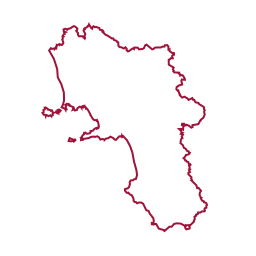 Campania, Salerno, Italy, rotated 13°
{"feature_id": "23120603B14973764900567", "entity_name": "Campania", "entity_type": "district", "adm_level": 2, "iso_a3": "ITA", "parent_name": "Italy", "parent_adm1": "Salerno", "projection": "orthographic", "projection_center": [14.61, 40.749], "detail": "fine", "context": "isolated", "style": "outline", "palette": "rose", "viewbox_px": 256, "rotation_deg": 13, "n_neighbors": 0, "source": "geoboundaries", "source_scale": "gbopen_adm2", "svg_char_len": 5765}
<svg xmlns="http://www.w3.org/2000/svg" viewBox="0 0 256 256"><g transform="rotate(13 128 128)"><path d="M33.7,70.2L40.3,77.4L45.7,86.4L48.2,94.5L53.2,100.3L57.5,107.8L59.5,115.5L59.4,120.0L58.8,122.0L58.3,121.8L59.1,122.3L58.8,122.5L58.7,122.8L62.2,123.4L63.3,124.6L63.3,123.4L62.3,123.0L63.5,123.1L62.6,121.9L62.7,120.4L61.7,119.6L63.0,118.2L64.8,118.0L65.9,118.5L66.1,118.9L65.6,119.3L70.0,120.0L70.4,120.4L69.8,120.9L70.4,120.5L70.7,121.1L70.4,121.3L70.9,121.1L71.1,121.6L70.6,122.2L70.1,121.9L70.0,122.8L71.2,122.0L72.4,122.9L74.2,121.8L74.2,120.4L75.9,118.2L77.5,118.1L78.1,118.7L78.0,118.3L78.6,117.7L80.6,118.3L78.3,117.5L79.2,117.4L78.8,117.1L79.5,116.5L79.9,116.5L79.6,117.1L80.2,116.7L80.1,117.3L80.4,116.5L80.7,116.7L80.5,117.1L81.9,117.2L82.5,118.2L82.7,117.8L84.9,119.4L88.2,123.1L88.2,123.8L88.3,124.0L88.3,123.5L91.5,126.9L93.3,127.9L95.3,127.5L96.5,128.8L96.0,128.2L96.2,127.5L97.6,129.1L99.3,133.1L99.2,134.7L98.5,135.2L98.7,134.2L96.4,135.6L95.5,136.4L94.6,138.3L92.2,139.5L92.7,140.1L92.0,141.7L89.2,142.9L87.4,142.1L87.0,143.0L86.3,142.9L86.5,144.1L85.4,145.4L85.1,147.1L84.5,147.8L85.2,148.0L84.7,148.7L84.9,150.1L86.0,149.1L86.4,149.2L86.1,149.9L86.8,149.7L87.5,148.5L92.4,146.5L93.7,145.1L96.7,144.0L97.7,144.2L99.9,143.0L101.8,143.6L103.7,145.5L105.1,144.6L107.5,144.4L107.8,145.0L108.9,143.3L111.0,142.4L112.8,140.4L116.1,141.2L117.6,142.3L118.9,142.3L121.3,138.2L122.7,137.7L123.9,138.2L123.1,137.6L123.8,137.0L124.1,137.4L124.0,136.9L124.7,137.6L123.6,138.6L124.2,138.4L124.7,137.6L124.4,137.2L125.0,136.9L129.8,140.2L134.3,145.4L137.8,151.0L141.5,159.5L145.7,167.2L147.4,171.9L147.2,175.8L145.6,176.6L145.9,176.1L144.5,177.9L142.4,178.5L141.8,180.5L142.5,182.0L142.3,185.4L141.3,186.8L138.8,188.3L139.1,189.7L141.5,191.5L143.0,190.9L144.6,192.3L146.7,192.6L149.1,195.3L149.9,197.8L151.2,198.6L152.5,198.4L153.7,199.3L155.5,198.1L158.0,197.7L159.8,198.4L164.3,204.0L166.7,204.2L168.5,206.6L172.9,210.1L173.9,212.4L174.2,214.9L173.6,215.5L172.6,215.3L172.9,216.4L174.8,216.3L175.1,215.6L177.0,215.2L180.6,219.1L186.2,219.4L186.0,219.8L186.7,220.2L190.5,214.9L192.8,214.3L194.5,211.1L197.0,209.9L201.0,209.3L205.1,210.5L205.9,209.8L206.5,210.4L205.9,211.7L206.5,212.7L207.5,213.6L208.9,213.0L210.6,212.1L210.6,211.0L209.9,209.9L208.3,209.2L210.7,208.5L213.3,204.4L213.0,203.8L213.6,201.7L212.7,199.5L214.2,198.1L213.8,197.1L215.4,196.0L215.4,194.4L217.3,194.3L218.9,192.6L221.1,192.1L221.6,191.4L220.7,189.8L220.9,188.9L222.3,188.0L221.8,186.0L222.3,185.2L221.0,183.4L218.8,183.3L218.5,182.4L216.5,182.1L214.9,180.3L215.3,179.5L214.4,179.2L212.8,177.1L212.6,174.7L213.3,172.8L210.2,170.5L208.9,171.0L207.5,168.4L201.7,164.9L202.2,164.6L200.9,163.0L201.0,161.8L197.2,159.4L196.9,158.1L198.3,156.9L196.9,155.4L197.8,154.2L196.9,153.8L196.9,152.3L196.0,151.1L197.2,149.8L196.7,149.2L195.4,149.5L194.5,147.7L192.7,147.5L192.1,146.7L191.1,146.8L190.2,145.5L188.9,144.9L190.3,142.6L190.5,141.2L192.5,140.4L193.6,139.2L193.8,138.2L192.8,138.1L192.3,137.1L190.7,137.0L188.9,135.3L186.9,134.7L185.2,132.3L182.5,130.9L182.2,127.7L182.6,126.1L183.3,125.6L182.3,124.1L183.0,122.2L181.0,121.9L182.3,120.4L181.0,120.2L180.3,118.8L178.1,117.5L180.4,116.9L182.0,117.3L181.6,114.3L182.1,113.5L179.9,113.1L179.8,111.7L181.7,111.2L182.9,112.5L184.1,112.3L184.2,111.7L186.7,112.0L189.6,113.4L190.7,112.6L190.2,110.7L195.7,108.4L196.6,104.8L197.2,104.4L197.0,103.7L199.2,100.9L199.7,97.5L198.5,95.1L198.8,93.4L197.7,92.5L197.5,90.8L196.9,90.4L191.6,88.6L191.0,87.7L188.0,87.8L186.1,85.6L184.9,85.8L183.9,84.4L180.7,87.0L179.3,85.8L175.9,84.8L173.9,86.2L171.1,84.4L171.2,83.5L170.4,83.2L168.7,80.3L168.4,80.7L166.4,79.4L166.2,77.1L167.3,76.2L167.4,75.5L171.0,73.4L169.4,70.1L169.5,68.7L172.6,68.2L172.2,67.1L169.7,64.5L168.5,64.3L167.1,65.2L166.7,63.9L165.2,63.5L165.3,62.6L160.6,63.4L159.4,62.6L159.7,61.9L158.5,60.6L158.9,58.9L153.5,57.1L152.3,52.3L153.4,51.6L154.1,50.3L155.9,50.0L154.8,48.0L155.3,46.7L156.3,46.3L156.1,45.2L155.9,44.7L153.8,44.9L151.1,43.6L150.8,42.0L149.8,42.5L149.0,39.5L147.5,38.4L145.3,39.2L145.2,40.5L143.3,40.9L142.0,42.1L136.3,43.5L134.8,45.6L133.8,45.9L127.3,42.6L126.2,43.5L125.5,46.7L124.4,47.7L121.0,48.9L119.4,47.6L116.2,48.1L116.1,49.7L115.2,49.2L114.3,49.7L111.7,52.8L110.7,53.4L109.1,52.5L109.1,51.4L107.4,49.9L106.0,51.5L103.4,50.8L101.7,51.1L100.2,50.1L99.2,46.7L98.1,46.6L97.2,45.6L94.6,45.4L93.4,44.0L92.2,44.4L86.9,42.4L85.5,42.4L81.6,40.1L82.3,39.6L81.1,38.4L78.4,38.6L77.6,37.1L74.4,36.7L73.0,37.2L71.5,36.6L70.9,37.4L70.7,39.3L69.5,38.8L66.7,35.8L66.5,37.1L65.8,37.7L66.0,38.3L63.1,40.9L63.6,41.6L63.0,41.9L62.8,43.1L65.3,46.1L65.0,48.4L65.9,50.0L65.8,50.5L65.1,49.8L64.4,50.0L63.3,48.8L59.5,49.7L58.1,48.1L58.0,46.8L55.7,45.0L56.4,44.0L56.3,42.5L53.5,41.0L52.1,41.0L49.1,44.1L47.5,44.7L46.7,46.0L46.4,45.5L44.2,45.5L43.0,46.5L43.7,48.1L45.4,48.6L44.2,49.2L45.2,50.6L44.3,51.2L43.6,53.2L44.4,53.5L43.8,53.9L44.4,55.8L44.0,56.5L45.9,59.5L45.4,61.2L44.8,62.0L43.5,61.7L42.8,62.5L42.2,61.8L40.5,63.2L39.9,63.1L40.1,64.0L39.6,65.0L40.9,65.4L40.0,65.4L40.2,66.7L39.4,66.6L38.7,67.7L38.4,67.0L35.9,68.0L34.9,67.6L33.7,70.2ZM43.3,126.5L42.3,126.9L42.9,127.6L42.5,128.9L41.6,129.4L42.2,131.8L41.3,132.5L42.9,134.0L44.6,133.8L45.2,134.9L45.3,134.0L45.8,133.7L47.8,134.3L49.5,133.1L50.8,133.9L50.8,132.9L51.8,132.4L51.3,130.4L52.0,130.0L51.1,129.9L50.8,128.9L49.9,128.3L49.3,128.5L49.3,128.4L49.6,128.3L49.7,128.0L46.5,128.0L46.9,127.5L46.2,127.9L43.3,126.5ZM79.0,151.1L77.2,151.7L73.4,151.0L73.1,154.0L75.6,153.8L77.5,152.8L78.3,153.4L79.5,151.6L79.0,151.1ZM56.6,125.5L55.5,126.3L56.0,126.7L55.2,128.2L54.6,128.0L54.1,128.7L54.8,129.1L54.6,128.3L55.4,128.5L55.6,128.0L56.0,128.9L56.7,129.2L56.2,128.1L57.3,127.9L56.9,127.1L57.7,126.5L58.1,126.9L58.5,126.1L56.6,125.5Z" fill="none" stroke="#9f1239" stroke-width="2"/></g></svg>